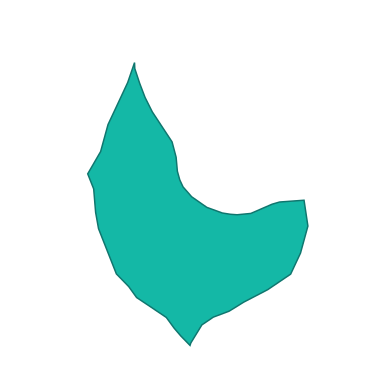 the district of Kowon, Hamgyŏng-namdo, North Korea, rotated 248°
{"feature_id": "82179303B22851132027505", "entity_name": "Kowon", "entity_type": "district", "adm_level": 2, "iso_a3": "PRK", "parent_name": "North Korea", "parent_adm1": "Hamgyŏng-namdo", "projection": "robinson", "projection_center": [127.128, 39.407], "detail": "fine", "context": "isolated", "style": "filled", "palette": "teal", "viewbox_px": 384, "rotation_deg": 248, "n_neighbors": 0, "source": "geoboundaries", "source_scale": "gbopen_adm2", "svg_char_len": 706}
<svg xmlns="http://www.w3.org/2000/svg" viewBox="0 0 384 384"><g transform="rotate(248 192 192)"><path d="M333.5,187.2L317.6,173.4L298.6,153.0L286.0,139.4L263.7,122.4L247.9,102.1L231.7,102.0L209.2,95.0L193.0,91.6L170.3,91.4L144.4,91.2L128.0,97.9L114.9,101.1L105.1,107.8L85.3,121.2L72.2,124.5L62.4,127.8L50.5,132.7L52.5,134.4L65.1,151.4L68.0,164.9L67.6,181.8L70.5,198.7L73.1,225.7L78.9,252.7L94.7,269.7L117.0,286.7L142.4,292.8L149.9,269.5L150.7,261.7L150.1,238.5L154.0,225.3L157.0,219.2L161.2,212.2L172.2,200.0L187.7,189.9L200.1,185.6L207.8,185.2L216.7,186.2L230.2,190.3L245.9,192.3L281.2,185.2L297.2,183.9L312.4,184.2L327.9,185.2L333.5,187.2Z" fill="#14b8a6" stroke="#0f766e" stroke-width="1.5"/></g></svg>